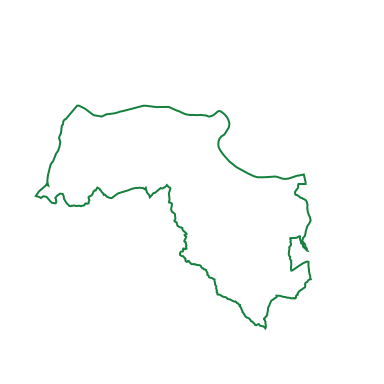 Daesti, Vâlcea, Romania (Equal Earth projection), rotated 121°
{"feature_id": "2599482B34599857525673", "entity_name": "Daesti", "entity_type": "district", "adm_level": 2, "iso_a3": "ROU", "parent_name": "Romania", "parent_adm1": "Vâlcea", "projection": "equal_earth", "projection_center": [24.416, 45.181], "detail": "fine", "context": "isolated", "style": "outline", "palette": "green", "viewbox_px": 384, "rotation_deg": 121, "n_neighbors": 0, "source": "geoboundaries", "source_scale": "gbopen_adm2", "svg_char_len": 5987}
<svg xmlns="http://www.w3.org/2000/svg" viewBox="0 0 384 384"><g transform="rotate(121 192 192)"><path d="M272.2,303.4L271.6,303.0L270.2,303.3L267.8,305.4L267.5,306.1L264.6,305.7L261.7,304.4L261.0,303.6L260.3,301.9L260.5,301.5L261.2,300.4L263.8,298.1L264.7,296.6L266.3,293.4L266.6,291.7L267.2,290.0L266.5,288.7L265.6,287.9L265.3,287.3L264.5,286.4L264.0,285.5L263.7,284.0L261.8,281.6L261.5,280.8L261.5,280.1L260.1,278.9L259.3,277.7L257.7,277.4L256.9,277.5L256.4,277.0L255.9,275.5L254.9,274.8L253.4,275.6L252.0,275.6L251.2,276.5L250.8,277.2L249.4,278.1L247.2,276.6L246.0,276.2L244.7,276.2L242.4,276.7L240.4,276.0L240.3,275.4L236.9,275.4L236.9,272.7L237.6,271.7L237.7,270.8L238.5,269.5L238.9,267.5L239.9,266.1L239.1,265.5L239.8,262.8L239.8,262.0L239.4,259.4L238.6,257.7L231.3,254.7L223.0,247.2L220.8,245.6L217.5,242.4L216.8,241.0L215.5,239.5L213.8,235.8L213.8,235.2L214.0,234.4L213.9,233.8L212.4,233.7L215.4,230.6L216.2,228.9L216.5,227.3L218.2,225.4L215.0,224.7L213.7,224.7L212.8,224.4L211.8,223.3L204.8,220.9L204.6,219.9L204.0,219.0L202.9,218.3L200.2,217.2L199.0,217.1L199.8,214.5L199.7,212.9L200.1,212.3L205.1,211.1L210.1,207.3L212.6,206.6L212.8,206.1L212.2,204.8L212.2,203.7L212.3,203.3L213.4,202.6L216.7,201.4L217.8,200.8L219.3,199.1L219.4,196.0L219.7,195.3L223.1,192.7L224.0,192.3L225.6,192.3L226.0,192.0L226.2,191.4L225.9,190.3L226.0,189.7L228.5,186.9L228.4,183.8L227.7,182.1L227.7,181.8L229.1,180.8L229.5,180.2L229.9,178.5L230.0,177.3L230.6,175.2L231.0,175.0L231.9,175.8L232.7,176.2L233.2,175.2L233.4,173.8L238.0,173.4L238.4,172.9L238.5,172.5L238.3,171.7L238.5,171.2L239.9,170.4L240.6,169.2L241.8,169.1L243.3,167.6L244.5,168.3L244.6,169.9L245.0,170.3L245.6,170.2L247.0,169.2L247.9,169.4L248.6,170.7L249.4,170.8L250.7,170.8L252.1,169.8L252.2,167.9L251.6,166.5L251.7,166.0L252.1,165.3L252.3,164.6L252.3,164.0L252.8,163.6L252.7,163.1L254.4,162.1L254.6,160.6L254.2,160.1L253.2,159.9L252.8,159.3L253.2,158.3L253.6,157.9L253.5,157.5L254.1,155.3L253.1,153.8L253.1,153.3L252.7,152.9L252.7,152.5L252.1,151.8L252.2,151.2L252.1,150.3L250.8,147.8L250.8,146.3L251.4,145.7L252.0,144.2L252.0,143.7L251.7,143.1L252.2,141.9L251.7,141.0L251.6,139.6L252.4,139.0L253.4,137.0L255.0,136.3L255.0,135.0L256.2,133.7L256.2,132.9L255.9,131.5L255.5,130.9L255.4,129.5L255.7,128.8L255.4,128.2L255.3,127.6L256.9,126.8L258.0,125.3L259.1,124.9L260.5,122.5L262.4,121.5L263.7,119.8L264.8,119.6L265.1,119.3L265.1,118.6L266.4,117.8L266.7,117.4L266.6,116.9L265.6,115.2L265.8,113.4L265.8,111.6L264.7,108.3L264.8,107.7L265.2,107.0L265.3,106.1L264.5,104.1L264.4,100.4L263.9,98.7L263.5,98.5L263.5,97.3L264.0,96.5L263.8,95.3L264.3,93.7L264.1,92.9L265.0,92.6L264.8,92.2L265.4,91.8L265.9,90.9L266.0,90.1L266.9,89.4L267.4,88.4L268.0,87.8L268.1,87.3L269.1,86.6L269.1,85.8L269.9,84.5L269.9,83.9L270.7,83.2L271.1,82.1L271.3,81.8L271.2,80.9L271.4,80.4L271.0,79.3L271.1,78.9L271.0,78.4L271.2,76.9L271.6,76.2L271.7,75.5L272.3,75.0L272.0,73.4L272.3,73.0L272.8,70.3L273.4,69.7L273.1,68.3L271.4,67.3L270.8,66.7L271.5,65.0L271.5,64.4L270.5,61.8L270.4,61.2L271.1,58.9L269.8,59.1L268.2,60.1L267.0,61.3L265.5,62.0L264.9,63.0L264.2,63.7L264.1,64.5L263.6,65.1L263.2,65.1L262.5,64.6L261.0,64.6L260.4,64.2L259.7,64.4L259.0,64.2L258.3,64.3L257.9,64.8L255.0,65.7L252.1,67.1L251.1,67.3L249.6,67.2L248.0,67.7L244.3,68.0L238.7,65.5L237.8,65.4L237.3,66.1L235.7,63.2L234.8,59.6L234.0,58.1L233.7,56.4L232.7,54.5L232.0,52.0L230.9,50.6L230.8,49.8L230.4,49.8L230.1,49.0L229.9,49.1L229.2,48.5L228.3,48.7L228.0,49.1L227.3,49.3L226.1,49.0L225.6,48.5L224.8,49.2L222.0,49.1L215.5,46.1L213.4,46.9L212.9,47.6L212.5,47.8L211.3,47.8L210.5,47.5L209.8,46.9L207.5,46.8L206.2,46.0L205.6,45.3L204.7,46.4L203.1,47.5L202.3,48.5L199.9,50.7L197.5,52.3L196.0,53.7L191.9,56.2L192.4,57.7L195.7,60.0L199.2,61.8L207.4,65.5L208.2,66.3L207.8,67.0L205.4,68.5L202.6,69.7L201.2,70.9L200.0,71.3L198.7,73.8L197.0,74.4L196.7,75.7L195.4,77.1L192.0,78.7L190.6,79.1L189.4,80.2L186.8,79.9L186.0,80.0L185.0,80.8L184.3,81.9L182.9,82.2L182.1,82.9L181.4,83.9L181.0,84.0L177.6,79.1L176.5,78.2L175.0,77.6L174.5,76.6L176.3,75.6L177.3,74.5L178.2,73.2L179.6,72.3L179.9,70.2L180.3,69.5L181.6,68.7L182.3,65.8L181.8,64.7L182.8,64.0L182.9,63.4L182.8,62.9L182.2,63.9L181.2,64.6L180.6,66.8L179.6,67.2L178.9,67.8L178.2,69.4L177.4,71.9L176.9,72.4L174.0,73.1L171.7,72.6L168.5,73.6L166.7,74.4L163.5,75.1L162.1,75.6L158.8,75.3L155.4,75.6L152.9,77.8L151.5,80.1L149.3,82.6L146.3,85.0L144.9,85.8L143.4,86.3L142.4,87.7L141.4,88.3L140.5,90.0L140.4,92.3L140.7,93.3L140.4,94.2L140.8,95.2L141.0,96.6L140.6,98.2L140.5,100.1L141.0,101.8L140.2,102.9L138.7,103.7L137.4,103.7L134.3,103.3L133.6,103.4L132.2,104.0L131.7,104.5L130.3,104.8L126.6,98.7L125.2,99.6L119.4,105.2L122.7,108.7L123.7,110.1L130.7,116.1L132.9,119.0L134.0,121.4L135.0,126.0L135.8,128.5L141.7,137.0L145.3,142.8L145.9,144.4L146.6,147.1L147.3,154.0L147.8,166.4L147.5,169.1L146.5,176.0L143.8,184.5L141.3,190.1L139.7,192.4L137.4,194.1L134.7,195.4L131.8,195.9L128.6,195.2L127.0,194.2L125.4,193.8L117.7,193.7L114.8,194.8L113.7,195.5L111.4,198.0L109.8,200.7L108.8,203.6L108.4,205.7L108.1,208.9L108.5,210.2L109.3,211.2L114.6,213.0L116.0,213.8L118.1,215.6L118.7,216.6L119.1,219.2L121.3,224.0L123.4,227.1L125.8,231.5L127.3,233.9L128.5,237.1L129.0,239.7L129.6,245.7L130.0,246.5L131.0,255.5L131.2,256.0L137.5,266.2L142.0,276.3L143.1,278.1L157.6,292.3L160.1,295.0L161.6,296.2L164.8,299.3L169.4,305.3L173.8,308.2L176.8,315.9L175.7,327.0L176.2,333.3L177.1,334.9L194.4,337.7L194.9,338.2L196.7,338.7L198.1,338.6L198.9,338.1L200.7,337.4L202.0,337.7L202.7,337.6L203.8,336.9L204.9,336.7L206.4,335.7L207.9,335.3L208.7,334.8L210.5,334.4L211.7,334.4L213.9,333.9L215.2,332.8L215.6,332.0L216.3,331.5L217.0,330.6L221.8,328.8L225.5,328.1L227.5,328.1L229.0,328.3L237.1,326.9L239.9,327.3L242.1,327.1L251.8,324.1L256.5,322.0L258.6,320.5L260.5,318.6L260.5,319.8L260.2,320.7L261.9,320.7L270.3,323.5L275.9,323.8L274.9,320.1L275.0,319.0L274.9,318.4L272.3,317.3L271.4,315.2L271.2,314.1L271.3,313.5L273.0,308.3L273.4,306.5L272.2,303.4Z" fill="none" stroke="#15803d" stroke-width="2"/></g></svg>